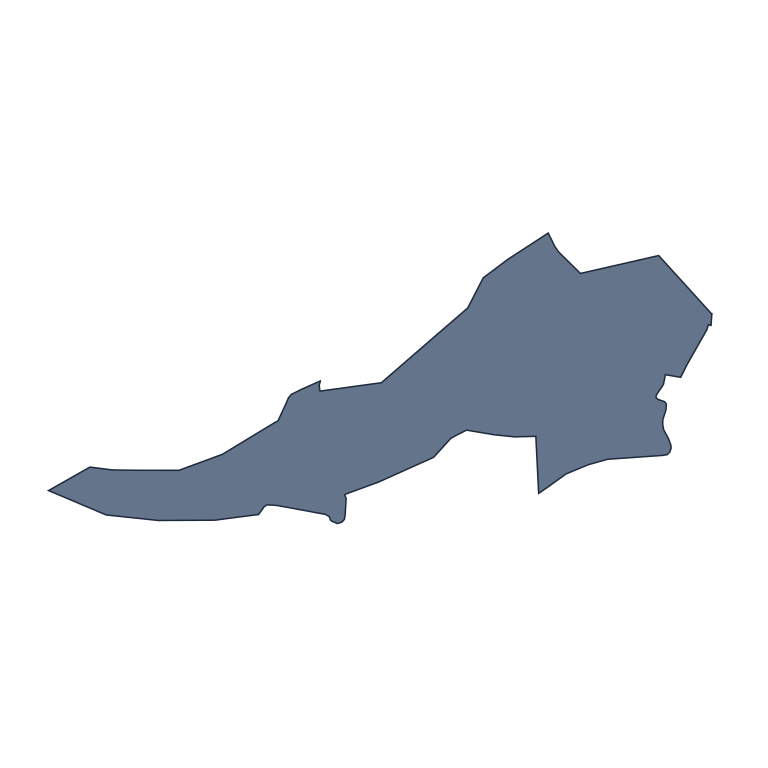 Qatabir, Sa`dah, Yemen, rotated 100°
{"feature_id": "15242507B9763756756493", "entity_name": "Qatabir", "entity_type": "district", "adm_level": 2, "iso_a3": "YEM", "parent_name": "Yemen", "parent_adm1": "Sa`dah", "projection": "equal_earth", "projection_center": [43.344, 17.33], "detail": "fine", "context": "isolated", "style": "filled", "palette": "slate", "viewbox_px": 768, "rotation_deg": 100, "n_neighbors": 0, "source": "geoboundaries", "source_scale": "gbopen_adm2", "svg_char_len": 1807}
<svg xmlns="http://www.w3.org/2000/svg" viewBox="0 0 768 768"><g transform="rotate(100 384 384)"><path d="M557.5,581.3L557.3,580.8L556.1,574.4L547.5,526.9L540.2,503.8L538.7,498.9L534.3,484.8L525.5,480.6L523.5,478.4L522.7,473.5L522.2,468.0L522.6,418.9L524.2,414.8L527.3,413.2L528.3,411.3L529.5,405.6L527.3,401.4L524.2,399.5L519.7,399.5L503.2,401.4L500.1,403.5L498.9,402.3L486.6,381.1L481.7,372.6L471.9,358.2L466.9,350.8L463.8,346.3L460.1,340.8L459.1,339.4L453.8,331.5L449.7,325.4L447.6,322.5L447.3,322.2L426.0,308.8L423.3,305.5L421.6,303.3L415.1,294.7L415.0,281.1L415.0,275.5L414.9,274.1L414.9,267.1L413.4,246.3L413.4,246.0L412.6,242.4L411.6,237.3L409.2,225.4L464.9,212.7L456.4,204.1L441.0,189.2L427.8,168.4L419.3,150.7L406.0,97.4L404.5,93.0L401.6,90.8L397.5,90.1L394.5,90.8L388.3,94.4L383.9,97.9L380.5,100.6L375.4,102.5L370.6,103.2L368.4,102.9L360.5,101.8L354.6,102.5L352.7,104.6L351.6,111.2L350.5,113.5L349.1,114.0L346.2,113.3L338.2,109.6L335.6,108.7L326.0,108.5L325.9,93.0L319.7,91.1L312.5,89.0L311.1,88.5L302.7,85.5L274.6,75.5L271.2,75.1L270.8,75.0L269.4,74.9L269.5,72.1L261.8,72.9L258.0,73.3L258.1,73.5L235.5,102.6L209.8,135.8L241.0,209.8L223.7,234.8L219.0,239.6L206.8,248.5L226.2,269.2L239.6,283.6L262.2,304.7L282.5,311.0L294.5,314.7L324.1,338.8L383.2,386.8L386.4,396.9L398.7,435.2L402.1,445.8L396.2,447.7L395.3,447.5L393.2,447.2L392.1,447.3L394.8,451.3L397.9,455.9L399.2,457.8L403.3,463.9L403.3,464.1L403.8,464.6L409.9,472.9L410.2,473.4L414.2,475.7L420.3,477.1L425.9,478.6L438.8,482.0L440.6,484.5L444.8,489.3L454.5,500.4L454.6,500.5L479.6,529.0L481.4,531.1L493.9,552.6L498.5,560.5L501.0,564.8L504.6,570.9L511.6,610.9L511.8,612.2L511.9,612.6L514.8,630.4L515.5,635.2L515.6,635.8L515.8,637.0L516.9,659.2L547.2,695.9L561.2,634.9L557.5,581.3Z" fill="#64748b" stroke="#1e293b" stroke-width="1.5"/></g></svg>